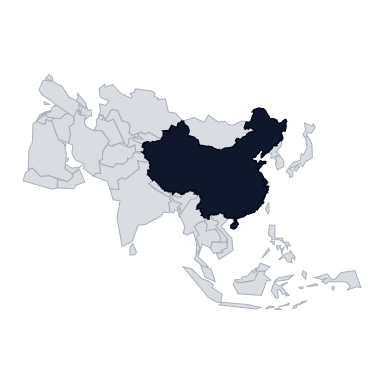 Asia, with China highlighted
{"feature_id": "CHN", "entity_name": "China", "entity_type": "country or territory", "adm_level": 0, "iso_a3": "CHN", "parent_name": "Asia", "parent_adm1": "", "projection": "albers", "projection_center": [106.815, 35.887], "detail": "fine", "context": "in_parent", "style": "filled", "palette": "ink", "viewbox_px": 384, "rotation_deg": 0, "n_neighbors": 45, "source": "natural_earth", "source_scale": "50m", "svg_char_len": 17828}
<svg xmlns="http://www.w3.org/2000/svg" viewBox="0 0 384 384"><path d="M182.6,120.9L178.6,122.6L176.3,127.1L172.2,125.0L169.2,130.4L163.0,131.0L163.5,137.2L161.4,139.5L148.4,132.2L145.9,134.2L140.9,131.7L132.6,135.8L128.9,132.5L130.0,126.2L128.3,122.8L121.8,120.6L117.6,110.6L111.4,109.5L105.4,120.4L103.1,115.2L98.9,114.8L100.6,111.9L99.4,103.9L106.0,105.4L108.7,100.8L100.3,97.3L99.1,88.5L104.9,84.2L105.7,87.1L112.9,84.6L120.1,93.0L131.0,98.1L132.2,96.9L130.1,93.4L134.8,92.0L134.5,89.4L135.8,88.8L151.6,91.0L154.7,92.9L154.1,96.2L158.5,98.1L157.7,99.7L165.4,98.9L168.4,112.0L175.5,113.1L182.6,120.9Z" fill="#d9dde1" stroke="#a8b0b8" stroke-width="1"/><path d="M105.4,120.4L111.4,109.5L117.6,110.6L121.8,120.6L128.3,122.8L130.0,126.2L128.9,132.5L131.8,135.5L139.9,132.9L137.8,134.8L143.1,139.1L139.3,140.3L136.6,139.1L137.7,136.8L134.3,136.3L131.0,139.3L129.1,138.4L128.9,143.5L126.2,146.2L113.4,119.2L107.8,121.7L105.4,120.4Z" fill="#d9dde1" stroke="#a8b0b8" stroke-width="1"/><path d="M354.8,270.6L361.0,287.6L356.8,286.7L347.2,290.2L350.4,286.1L345.9,281.9L328.4,281.7L326.2,284.0L321.6,281.4L327.5,278.1L322.0,279.5L314.7,277.6L327.5,273.8L330.6,278.8L335.0,279.4L340.9,272.6L354.8,270.6ZM298.0,303.9L296.5,307.6L292.6,308.5L294.3,305.7L298.0,303.9ZM333.0,290.2L332.0,288.3L333.0,286.0L334.4,287.8L333.0,290.2ZM265.5,271.0L263.7,274.0L270.8,280.1L266.4,281.0L261.4,295.4L238.2,293.8L233.0,284.2L235.6,279.5L238.9,283.0L251.2,281.1L254.2,280.2L258.1,271.3L265.5,271.0ZM306.4,286.7L316.0,283.6L317.9,285.4L306.4,286.7ZM302.8,288.6L300.0,288.6L299.0,287.6L302.9,286.7L302.8,288.6ZM303.2,270.8L306.6,273.2L305.7,279.5L301.9,274.6L303.2,270.8ZM277.6,278.0L293.7,275.0L288.6,279.5L275.4,281.5L275.2,283.7L279.0,285.8L287.7,282.1L281.3,286.9L289.2,295.5L285.6,295.9L287.1,293.4L282.4,294.4L279.6,289.3L277.1,290.5L278.6,297.7L276.2,298.4L271.2,290.9L274.1,281.9L277.6,278.0ZM281.7,309.5L274.2,309.3L277.9,308.3L281.7,309.5ZM277.8,306.9L286.0,304.7L289.4,303.2L289.1,304.8L277.8,306.9ZM269.5,305.9L274.6,307.0L265.1,308.9L269.5,305.9ZM221.9,302.3L248.1,304.6L260.7,307.5L256.2,309.0L219.1,304.9L221.9,302.3ZM212.0,287.4L222.2,294.4L221.0,302.2L216.6,302.2L208.3,297.3L183.1,266.8L191.0,268.4L201.9,278.7L208.7,281.1L213.6,285.1L212.0,287.4Z" fill="#d9dde1" stroke="#a8b0b8" stroke-width="1"/><path d="M298.7,305.1L301.7,301.9L307.1,300.7L298.7,305.1Z" fill="#d9dde1" stroke="#a8b0b8" stroke-width="1"/><path d="M47.1,112.8L42.2,114.9L36.8,120.8L39.3,115.2L45.2,112.0L47.1,112.8Z" fill="#d9dde1" stroke="#a8b0b8" stroke-width="1"/><path d="M50.8,111.8L45.3,112.0L51.3,110.5L50.8,111.8Z" fill="#d9dde1" stroke="#a8b0b8" stroke-width="1"/><path d="M44.6,114.6L41.0,116.1L44.1,113.6L44.6,114.6Z" fill="#d9dde1" stroke="#a8b0b8" stroke-width="1"/><path d="M44.6,114.6L53.5,117.7L51.8,121.6L45.7,119.5L45.7,123.9L38.6,123.7L36.8,120.8L44.6,114.6Z" fill="#d9dde1" stroke="#a8b0b8" stroke-width="1"/><path d="M65.8,164.1L71.9,168.2L80.4,166.9L71.8,174.4L64.7,168.3L65.8,164.1Z" fill="#d9dde1" stroke="#a8b0b8" stroke-width="1"/><path d="M64.7,161.4L65.8,159.2L68.3,158.3L67.6,161.4L64.7,161.4Z" fill="#d9dde1" stroke="#a8b0b8" stroke-width="1"/><path d="M65.9,140.9L65.7,146.9L62.3,142.4L65.9,140.9Z" fill="#d9dde1" stroke="#a8b0b8" stroke-width="1"/><path d="M51.8,121.6L53.5,117.7L60.4,118.7L65.1,113.9L70.3,113.5L74.0,117.1L73.9,123.3L69.1,127.0L70.5,134.2L68.6,143.2L58.1,139.1L51.8,121.6Z" fill="#d9dde1" stroke="#a8b0b8" stroke-width="1"/><path d="M72.7,174.1L79.5,169.5L84.6,182.0L76.0,185.2L73.6,188.7L57.0,187.9L57.8,179.5L67.7,181.5L72.8,176.9L72.7,174.1ZM82.0,165.5L80.5,165.7L81.8,165.1L82.0,165.5Z" fill="#d9dde1" stroke="#a8b0b8" stroke-width="1"/><path d="M210.4,248.1L212.1,241.7L222.3,243.1L223.9,240.9L227.6,244.2L227.2,248.0L221.5,250.4L223.0,252.3L213.4,253.2L210.4,248.1Z" fill="#d9dde1" stroke="#a8b0b8" stroke-width="1"/><path d="M219.6,241.8L212.1,241.7L210.4,248.1L202.2,243.8L198.2,256.7L208.1,266.6L204.4,268.0L194.2,259.1L200.1,248.5L196.2,237.9L198.9,234.7L194.5,226.9L197.7,223.1L203.8,221.2L207.3,224.5L206.2,230.8L213.3,228.6L218.1,231.6L220.9,237.6L219.6,241.8Z" fill="#d9dde1" stroke="#a8b0b8" stroke-width="1"/><path d="M226.8,242.0L219.6,241.8L220.9,237.6L215.7,228.9L206.2,230.8L207.3,224.5L203.8,221.2L209.2,219.0L208.9,215.2L213.6,220.5L217.4,220.7L218.6,223.6L215.6,225.5L226.6,236.6L226.8,242.0Z" fill="#d9dde1" stroke="#a8b0b8" stroke-width="1"/><path d="M203.8,221.2L197.7,223.1L194.5,226.9L198.9,234.7L196.2,237.9L200.1,248.5L196.1,254.3L196.7,244.3L193.4,231.8L187.1,235.0L183.3,233.5L184.7,226.6L179.7,215.1L190.5,199.4L196.5,198.4L197.5,194.5L201.2,197.4L196.9,209.1L200.2,208.8L202.5,212.7L201.4,215.4L207.3,216.7L203.8,221.2Z" fill="#d9dde1" stroke="#a8b0b8" stroke-width="1"/><path d="M216.3,253.7L223.0,252.3L221.5,250.4L227.2,248.0L227.4,238.8L215.6,225.5L218.6,223.6L217.4,220.7L213.6,220.5L210.6,214.8L220.4,212.2L228.8,218.1L221.2,226.3L231.8,238.5L233.1,250.0L219.1,259.6L216.3,253.7Z" fill="#d9dde1" stroke="#a8b0b8" stroke-width="1"/><path d="M282.0,141.0L281.0,146.5L276.5,151.4L279.2,155.7L270.6,158.3L271.5,153.7L268.4,152.4L270.0,149.9L273.5,144.9L276.9,145.4L276.2,143.7L280.0,139.4L282.0,141.0Z" fill="#d9dde1" stroke="#a8b0b8" stroke-width="1"/><path d="M274.5,158.8L279.4,154.8L283.5,160.2L283.9,166.1L277.5,169.9L275.0,162.3L276.8,161.3L274.5,158.8Z" fill="#d9dde1" stroke="#a8b0b8" stroke-width="1"/><path d="M183.5,120.8L193.9,117.5L204.2,122.3L208.3,115.1L218.1,122.0L225.1,121.5L228.6,124.8L233.4,125.1L241.2,121.0L246.3,121.7L244.9,129.1L249.9,127.4L254.2,130.3L240.5,139.2L236.7,138.4L235.6,140.7L236.8,143.0L233.6,146.1L220.4,150.5L210.5,146.5L199.8,145.4L197.9,140.1L188.2,135.2L189.1,129.9L183.5,120.8Z" fill="#d9dde1" stroke="#a8b0b8" stroke-width="1"/><path d="M197.5,194.5L196.5,198.4L190.5,199.4L181.1,213.4L180.3,208.0L178.6,209.9L177.2,208.0L181.6,203.7L174.5,201.5L171.2,197.0L169.8,199.0L171.6,201.1L168.6,203.1L170.3,204.3L169.3,212.7L163.3,212.2L161.0,216.2L144.8,224.6L138.3,225.1L132.1,241.6L122.2,246.5L117.0,218.2L120.0,200.7L113.1,199.8L109.9,188.5L118.8,189.7L117.7,180.0L122.0,177.8L125.0,179.3L139.2,168.6L137.5,160.7L145.8,162.2L149.1,160.2L150.7,164.8L147.7,173.9L152.9,180.0L148.8,183.8L156.7,190.7L169.7,196.8L172.7,191.6L172.4,195.0L174.8,196.7L181.5,197.4L181.0,194.1L194.4,190.1L194.4,193.7L197.5,194.5Z" fill="#d9dde1" stroke="#a8b0b8" stroke-width="1"/><path d="M180.3,208.0L179.5,217.8L177.6,210.5L174.9,209.9L173.7,213.0L170.0,211.6L168.6,203.1L171.6,201.1L169.8,199.0L171.2,197.0L174.5,201.5L181.6,203.7L177.2,208.0L178.6,209.9L180.3,208.0Z" fill="#d9dde1" stroke="#a8b0b8" stroke-width="1"/><path d="M181.0,194.1L181.5,197.4L172.4,195.0L176.5,191.6L181.0,194.1Z" fill="#d9dde1" stroke="#a8b0b8" stroke-width="1"/><path d="M170.8,192.0L169.7,196.8L167.3,196.4L148.8,183.8L154.2,179.5L164.5,189.6L170.8,192.0Z" fill="#d9dde1" stroke="#a8b0b8" stroke-width="1"/><path d="M149.1,160.2L145.8,162.2L137.5,160.7L139.2,168.6L125.0,179.3L122.0,177.8L117.7,180.0L118.8,189.7L109.9,188.5L107.1,181.1L93.3,176.1L96.1,173.1L100.7,173.3L98.8,161.0L102.3,164.6L113.0,167.3L116.4,163.5L123.3,164.2L135.2,152.0L144.1,152.8L145.4,157.6L149.1,160.2Z" fill="#d9dde1" stroke="#a8b0b8" stroke-width="1"/><path d="M118.8,143.1L129.5,147.5L135.0,144.7L135.5,151.2L139.8,150.1L144.1,152.8L133.3,152.8L133.0,156.1L129.8,159.1L127.5,158.1L127.6,160.6L123.3,164.2L116.4,163.5L113.0,167.3L102.3,164.6L98.8,161.0L102.4,159.3L102.7,151.0L108.3,143.7L112.2,146.5L118.8,143.1Z" fill="#d9dde1" stroke="#a8b0b8" stroke-width="1"/><path d="M126.2,146.2L128.9,143.5L129.1,138.4L137.7,136.8L137.6,139.3L133.1,140.2L143.0,144.2L143.9,151.7L135.5,151.2L135.0,144.7L129.5,147.5L126.2,146.2Z" fill="#d9dde1" stroke="#a8b0b8" stroke-width="1"/><path d="M139.9,132.9L145.9,134.2L148.4,132.2L161.4,139.5L143.0,144.2L133.1,140.2L134.1,138.5L143.1,139.1L137.8,134.8L139.9,132.9Z" fill="#d9dde1" stroke="#a8b0b8" stroke-width="1"/><path d="M98.9,114.8L103.1,115.2L104.2,120.0L107.8,121.7L113.4,119.2L124.3,142.3L123.4,144.2L121.9,142.4L110.2,146.0L108.3,143.7L109.4,141.0L103.0,131.8L94.0,130.0L96.9,124.8L96.2,120.1L98.1,117.9L102.2,120.0L102.0,115.3L98.4,117.1L98.9,114.8Z" fill="#d9dde1" stroke="#a8b0b8" stroke-width="1"/><path d="M68.6,143.2L70.5,134.2L69.1,127.0L73.9,123.3L74.5,114.1L77.1,109.9L80.0,114.8L85.6,115.2L84.3,122.4L86.6,126.8L93.4,130.5L101.6,130.7L109.4,141.0L102.7,151.0L102.4,159.3L98.8,161.0L100.7,173.3L96.1,173.1L93.3,176.1L83.4,168.5L84.3,164.3L75.1,159.7L72.0,153.7L72.7,145.0L68.6,143.2Z" fill="#d9dde1" stroke="#a8b0b8" stroke-width="1"/><path d="M45.6,114.1L50.8,111.8L52.0,107.5L56.8,105.2L69.1,113.3L65.1,113.9L60.4,118.7L47.1,117.1L45.6,114.1Z" fill="#d9dde1" stroke="#a8b0b8" stroke-width="1"/><path d="M80.8,115.3L77.9,107.0L79.4,104.6L82.8,108.2L80.8,115.3Z" fill="#d9dde1" stroke="#a8b0b8" stroke-width="1"/><path d="M74.0,117.1L56.8,105.2L53.4,106.8L55.3,104.7L52.7,101.9L41.6,94.5L39.0,89.5L43.2,80.2L52.8,81.4L62.3,86.6L68.9,97.1L78.5,101.8L79.1,110.1L77.1,109.9L74.0,117.1ZM48.9,74.5L52.5,77.4L52.6,80.8L45.2,78.9L48.9,74.5Z" fill="#d9dde1" stroke="#a8b0b8" stroke-width="1"/><path d="M136.5,251.9L135.1,254.8L130.2,255.1L129.8,247.9L132.7,243.5L136.5,251.9Z" fill="#d9dde1" stroke="#a8b0b8" stroke-width="1"/><path d="M268.8,202.5L269.0,210.9L268.1,213.8L265.4,208.8L268.8,202.5Z" fill="#d9dde1" stroke="#a8b0b8" stroke-width="1"/><path d="M86.5,106.5L88.0,110.4L90.8,109.6L91.7,116.4L89.8,115.6L85.0,119.9L85.6,115.2L80.8,115.3L81.1,110.8L82.5,106.2L85.2,108.8L86.5,106.5ZM80.0,114.8L78.8,113.4L79.1,110.1L80.6,112.2L80.0,114.8Z" fill="#d9dde1" stroke="#a8b0b8" stroke-width="1"/><path d="M77.2,93.0L85.9,103.4L85.7,108.7L76.3,100.4L78.4,97.3L77.2,93.0Z" fill="#d9dde1" stroke="#a8b0b8" stroke-width="1"/><path d="M274.2,244.8L270.5,241.3L274.7,242.0L274.2,244.8ZM281.7,253.8L280.6,248.1L282.3,249.7L284.3,246.3L281.7,253.8ZM289.7,250.0L295.1,257.1L294.5,260.1L292.6,257.2L291.2,259.1L292.0,262.7L287.5,261.7L284.5,257.0L278.8,259.9L283.6,254.5L290.3,252.3L289.7,250.0ZM269.6,250.7L261.6,258.5L268.6,248.2L269.6,250.7ZM274.9,225.2L274.8,237.9L282.5,238.4L283.6,242.3L279.2,239.7L271.4,239.9L272.3,237.6L268.4,235.3L269.6,225.0L274.9,225.2ZM277.6,249.9L276.5,245.5L280.9,245.8L277.6,249.9ZM288.6,242.6L290.2,245.8L287.4,245.5L287.4,249.3L284.2,242.1L288.6,242.6Z" fill="#d9dde1" stroke="#a8b0b8" stroke-width="1"/><path d="M200.7,265.4L210.9,268.8L215.2,281.6L204.8,276.9L200.7,265.4ZM265.5,271.0L258.1,271.3L254.2,280.2L238.9,283.0L236.3,281.5L235.6,279.5L241.2,279.8L241.9,277.2L247.8,275.7L252.0,271.1L256.2,271.4L260.4,263.1L269.8,266.7L265.5,271.0Z" fill="#d9dde1" stroke="#a8b0b8" stroke-width="1"/><path d="M256.3,268.0L256.2,271.4L253.8,272.5L252.0,271.1L256.3,268.0Z" fill="#d9dde1" stroke="#a8b0b8" stroke-width="1"/><path d="M311.8,143.4L312.4,157.7L305.3,162.0L302.7,166.8L299.8,163.7L289.7,168.9L293.0,170.6L292.7,176.7L289.6,177.5L289.6,174.4L286.0,171.8L292.7,162.7L300.4,160.2L301.3,153.6L303.4,154.6L307.0,148.5L305.8,138.2L308.0,136.8L311.8,143.4ZM312.2,125.9L313.2,123.9L315.2,127.2L311.4,133.3L307.1,132.4L307.1,136.4L304.5,137.3L303.1,134.3L305.7,130.4L304.5,123.1L312.2,125.9ZM293.7,169.3L297.0,165.3L299.7,166.5L296.1,171.4L293.7,169.3Z" fill="#d9dde1" stroke="#a8b0b8" stroke-width="1"/><path d="M57.8,179.5L57.0,187.9L52.6,189.2L23.0,180.8L25.6,172.4L32.2,167.8L40.6,176.3L49.3,175.6L57.8,179.5Z" fill="#d9dde1" stroke="#a8b0b8" stroke-width="1"/><path d="M36.6,121.2L43.5,124.3L45.7,123.9L45.7,119.5L51.8,121.6L58.1,139.1L64.2,144.1L66.5,154.9L64.7,168.3L72.7,174.1L72.8,176.9L67.7,181.5L49.3,175.6L40.6,176.3L32.2,167.8L28.2,169.8L28.9,149.9L32.3,142.5L33.0,123.9L36.6,121.2Z" fill="#d9dde1" stroke="#a8b0b8" stroke-width="1"/><path d="M49.9,104.5L44.3,104.4L44.1,101.8L49.9,104.5Z" fill="#d9dde1" stroke="#a8b0b8" stroke-width="1"/><path d="M228.5,218.3L227.9,217.8L226.6,218.0L225.4,216.9L224.5,216.8L224.1,215.0L224.8,214.1L222.9,213.5L221.9,213.6L220.2,212.2L218.9,212.9L218.4,213.9L217.4,214.3L216.7,213.9L216.0,214.8L215.1,213.9L214.7,214.6L214.1,214.0L213.1,215.0L211.5,213.9L210.4,215.1L209.1,214.7L208.5,215.4L209.1,216.9L209.0,219.1L207.5,218.8L207.1,217.0L205.5,217.8L204.1,217.7L203.5,215.9L201.2,215.3L202.5,212.7L200.6,211.8L200.2,209.4L200.7,208.7L198.8,208.6L196.8,209.0L197.3,208.0L196.9,206.6L197.6,205.9L198.0,204.7L200.6,202.8L200.4,202.1L200.8,201.8L201.1,200.1L201.1,197.1L200.5,196.8L200.1,197.1L199.7,195.1L198.5,193.8L198.1,193.7L197.4,194.6L195.4,193.6L194.5,193.7L195.5,192.6L195.2,191.6L194.3,191.9L194.3,191.4L195.0,190.9L194.2,190.1L192.2,191.3L190.1,190.1L187.4,191.8L185.9,191.9L183.9,193.4L183.9,193.9L181.8,194.4L180.8,194.1L180.9,193.6L180.0,192.9L179.2,193.1L176.1,191.5L174.8,192.1L172.7,194.3L172.4,193.5L172.8,191.9L172.4,191.6L169.3,191.9L168.0,191.6L166.7,190.4L166.0,190.9L165.3,190.1L164.8,190.7L164.1,189.3L162.6,188.8L162.9,187.9L161.8,187.8L160.5,186.3L160.4,185.2L158.9,185.0L158.1,183.3L155.8,181.2L155.6,180.2L153.9,179.7L152.8,180.5L151.9,178.9L150.7,178.1L150.8,177.3L149.0,175.8L148.5,174.5L147.5,174.6L148.1,172.4L147.7,170.3L148.6,170.3L148.9,171.3L149.9,171.0L150.3,168.8L149.7,167.4L150.0,165.7L150.9,165.0L149.4,163.3L149.3,161.1L149.6,160.4L147.3,159.5L146.3,158.5L146.2,157.9L145.2,157.9L144.8,156.9L145.3,155.9L145.2,154.9L144.3,154.3L144.3,153.7L142.1,152.1L144.2,151.9L143.9,151.1L144.6,148.4L143.6,147.2L142.8,147.3L142.3,146.9L142.9,144.1L143.7,143.9L143.7,143.1L144.4,142.5L146.7,142.2L146.8,141.7L148.7,141.8L148.7,143.0L150.2,143.3L152.3,141.5L155.2,142.2L156.1,141.5L157.1,141.1L161.1,140.5L161.5,138.4L162.5,138.0L162.3,137.3L163.3,137.2L163.2,133.9L163.6,132.4L164.0,132.0L162.8,131.0L167.3,130.6L167.7,131.4L169.0,131.8L169.4,130.9L168.9,130.2L171.7,125.4L173.7,126.6L175.2,126.9L175.3,127.5L177.1,127.0L177.6,126.5L177.7,124.3L178.4,123.1L180.4,122.8L181.5,121.1L183.5,121.2L183.6,121.8L183.2,122.1L183.8,122.8L183.5,123.3L184.6,124.1L184.6,124.6L185.5,125.5L186.5,125.6L188.1,127.1L189.1,131.0L188.7,131.9L188.8,132.7L187.7,134.3L188.0,135.5L194.0,137.2L196.5,139.5L198.0,140.0L197.8,140.8L198.3,141.1L198.8,143.5L199.9,145.5L201.8,145.4L207.2,146.6L208.5,146.3L212.1,147.0L213.6,148.4L215.8,149.0L217.4,149.9L219.3,149.6L219.3,150.3L220.4,150.5L224.8,148.2L231.0,147.6L233.5,146.4L234.9,144.5L237.1,143.1L235.7,141.0L236.2,139.4L236.8,138.6L238.0,138.5L238.7,139.1L240.8,139.4L241.9,138.6L242.9,137.1L245.4,136.6L246.5,135.6L247.2,133.7L248.9,133.2L249.1,132.5L249.8,132.6L252.2,131.5L253.3,131.9L254.5,131.5L254.5,130.9L254.0,130.0L250.9,127.6L249.3,127.8L248.5,129.0L247.1,128.4L245.9,128.5L245.3,129.2L244.6,128.6L244.3,127.8L244.8,127.3L244.8,126.2L246.3,122.0L249.0,122.7L250.1,121.5L251.8,120.5L251.9,119.8L251.4,119.5L252.8,115.3L254.0,113.5L253.6,112.1L252.3,111.8L254.0,109.7L259.2,108.0L261.8,108.9L262.3,108.6L263.6,108.9L265.4,110.7L267.4,114.5L268.5,115.6L268.8,116.8L269.4,117.1L269.6,118.4L270.7,119.0L272.2,118.6L273.1,119.1L274.0,118.8L275.9,120.1L276.7,120.0L276.9,120.8L277.6,121.6L277.7,122.6L278.6,123.5L281.8,122.7L282.9,121.0L285.1,119.5L286.0,119.6L286.0,120.4L286.7,121.3L285.8,123.0L286.1,126.6L285.6,128.0L285.7,128.9L285.2,129.4L285.4,130.6L285.1,131.1L282.4,130.7L281.8,132.1L280.8,132.8L282.1,135.2L282.7,137.4L282.6,139.1L281.2,140.1L281.7,140.3L281.6,140.6L280.8,140.1L280.7,139.6L279.8,139.5L279.7,141.4L278.9,141.7L278.2,143.1L276.2,143.8L277.0,144.9L276.9,145.7L274.4,145.7L273.7,145.0L273.2,145.3L272.0,148.4L269.6,150.4L268.4,152.4L266.9,152.8L265.0,154.1L263.2,156.3L262.4,156.6L262.4,157.0L261.3,157.7L261.1,157.1L262.4,156.2L262.2,155.9L262.6,155.2L261.3,155.4L261.2,154.9L261.7,154.5L261.6,153.8L262.3,153.3L263.1,151.3L261.8,149.9L261.6,150.4L260.3,150.4L258.9,152.9L256.4,154.8L255.6,156.9L253.9,157.5L253.2,157.0L252.6,157.4L252.2,159.0L252.6,159.8L253.6,160.5L256.0,160.7L256.5,161.9L256.3,163.1L257.2,163.7L258.4,163.5L259.5,161.5L260.7,160.8L263.1,161.8L264.2,161.4L265.8,161.6L265.4,162.8L265.7,163.1L265.3,163.6L264.1,163.3L262.0,164.8L261.4,164.9L261.7,165.5L261.2,165.6L261.2,166.6L260.6,167.0L260.3,166.4L260.0,166.5L259.8,166.9L260.3,167.2L258.4,169.8L257.9,171.4L261.1,173.0L263.3,177.0L263.4,178.2L264.8,178.8L265.3,179.7L266.5,180.4L266.6,181.0L266.4,181.1L265.2,180.7L264.1,180.8L262.8,180.2L261.5,180.9L263.3,180.5L263.6,181.1L266.3,182.4L266.9,183.2L267.1,183.6L265.9,184.3L264.6,185.8L263.3,186.0L262.7,186.6L263.5,186.3L264.0,186.8L265.7,185.9L267.0,186.9L268.2,187.0L266.8,188.6L267.8,187.9L268.1,188.4L268.1,189.6L267.5,189.3L266.8,189.8L267.5,190.3L267.1,190.4L267.5,190.6L267.1,191.4L267.6,192.5L266.7,192.9L266.3,192.6L265.9,193.6L265.3,193.8L265.6,194.2L265.0,195.3L265.2,195.9L263.9,198.7L263.4,198.8L263.1,198.1L262.9,198.5L262.5,198.3L263.5,199.7L262.4,200.8L261.4,200.7L262.1,201.2L262.9,200.9L263.2,203.0L261.8,202.9L262.2,203.6L261.3,203.8L261.2,204.8L260.5,205.2L260.6,205.9L258.9,206.0L258.2,206.6L259.0,207.3L257.8,208.8L257.3,208.9L257.1,209.7L256.8,209.3L256.2,209.8L255.7,209.7L254.6,212.1L252.1,212.7L251.7,213.1L250.7,212.9L249.7,213.6L249.1,213.2L248.8,214.0L247.2,214.2L245.9,213.1L245.8,212.2L245.5,212.3L245.0,213.0L245.7,214.0L245.8,215.2L244.6,215.8L244.4,215.4L244.0,216.4L242.9,216.9L242.2,216.3L242.0,217.1L240.9,216.8L239.9,217.8L238.0,218.0L236.7,219.1L236.2,218.7L235.4,220.0L236.1,220.3L235.9,220.9L236.6,221.4L236.1,222.1L234.6,221.9L234.9,221.6L233.9,220.1L234.7,218.3L233.5,217.6L233.4,218.1L232.2,218.5L232.1,218.0L231.0,217.8L230.1,217.0L230.2,217.9L229.6,217.7L228.5,218.3ZM237.9,223.0L238.3,224.1L237.2,225.4L236.6,227.2L235.4,228.2L233.7,229.0L231.0,228.0L230.8,225.5L232.8,224.0L232.4,223.9L232.7,223.6L235.6,222.9L236.9,223.1L237.1,222.6L237.9,223.0ZM266.7,181.7L265.8,181.7L264.8,180.9L265.5,181.0L266.7,181.7ZM268.7,186.6L267.9,186.6L267.7,186.2L268.6,186.3L268.7,186.6ZM263.7,202.2L263.4,202.8L263.4,202.1L263.7,202.2ZM235.8,219.8L236.6,219.5L236.5,219.9L235.8,219.8Z" fill="#0f172a" stroke="#020617" stroke-width="1.5"/></svg>